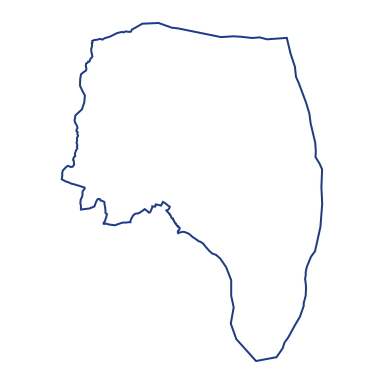 Ogbomosho North, Oyo, Nigeria
{"feature_id": "59680162B8886032648131", "entity_name": "Ogbomosho North", "entity_type": "district", "adm_level": 2, "iso_a3": "NGA", "parent_name": "Nigeria", "parent_adm1": "Oyo", "projection": "robinson", "projection_center": [4.232, 8.135], "detail": "fine", "context": "isolated", "style": "outline", "palette": "blue", "viewbox_px": 384, "rotation_deg": 0, "n_neighbors": 0, "source": "geoboundaries", "source_scale": "gbopen_adm2", "svg_char_len": 5495}
<svg xmlns="http://www.w3.org/2000/svg" viewBox="0 0 384 384"><path d="M233.4,36.3L221.0,37.1L178.1,28.4L171.8,27.7L158.6,23.0L142.3,23.7L133.4,28.8L131.9,29.5L131.0,31.6L129.3,31.9L126.9,31.6L126.1,31.4L124.7,31.8L123.5,32.4L122.2,31.9L119.9,32.4L117.3,33.0L114.8,34.2L112.4,35.4L109.8,36.7L107.0,37.5L104.4,38.3L102.6,39.6L99.9,38.9L97.1,39.7L94.1,40.1L92.2,40.9L92.6,42.3L91.8,43.2L92.1,44.8L92.1,45.5L91.8,47.1L91.2,48.9L91.4,52.1L91.9,53.6L92.0,54.8L92.4,56.5L91.8,57.6L90.5,58.6L90.0,60.2L89.4,61.6L88.2,61.6L87.7,62.6L86.0,63.7L85.8,65.9L86.4,68.5L86.1,70.4L83.4,72.3L81.0,74.3L80.2,79.1L80.0,85.8L82.4,90.9L84.9,95.5L84.3,102.4L81.9,109.4L75.5,115.3L74.6,120.0L74.6,120.7L75.5,123.5L76.3,124.5L77.3,126.7L77.4,128.0L77.3,128.7L76.6,129.5L76.4,131.1L77.7,132.2L77.4,133.2L77.4,134.3L78.1,135.4L78.0,135.9L76.9,138.0L77.1,139.7L77.1,140.8L76.5,142.7L77.0,144.0L77.4,145.7L76.9,146.7L77.3,148.3L76.1,150.3L75.6,151.6L74.8,154.1L75.3,156.0L73.8,157.4L73.0,159.9L73.7,160.5L74.1,164.6L72.7,166.7L70.7,167.0L68.1,165.8L67.0,166.3L64.5,168.7L63.5,169.8L62.7,170.7L62.1,174.0L62.4,175.4L62.2,176.4L61.8,179.3L63.8,180.4L64.8,180.9L65.5,181.4L66.2,181.6L67.4,181.9L68.4,182.3L69.3,182.7L70.2,183.2L71.1,183.5L71.8,183.8L72.5,183.9L73.6,184.2L74.4,184.4L75.1,184.5L75.7,184.8L76.4,185.0L77.6,185.4L78.9,185.7L79.9,186.0L80.7,186.3L81.5,186.6L82.5,186.9L83.5,187.1L84.2,187.4L84.7,187.9L84.4,189.0L83.5,190.1L82.8,191.0L82.5,192.1L82.5,194.1L82.5,194.9L82.3,196.2L81.8,197.5L81.3,198.3L81.1,198.8L80.8,199.3L80.7,199.7L80.6,200.7L80.5,201.8L80.4,202.4L80.4,202.9L80.4,203.4L80.4,203.8L80.7,204.8L80.9,205.8L81.0,206.9L80.8,208.0L81.1,209.6L82.7,209.3L83.9,209.2L84.6,209.0L85.6,209.0L87.3,208.7L88.4,208.6L89.3,208.5L89.9,208.4L90.8,207.8L91.9,207.6L93.2,206.8L94.1,206.7L94.6,206.1L95.0,204.9L95.4,203.6L95.7,202.9L96.3,201.5L97.0,200.1L97.4,199.6L97.6,199.3L98.1,199.1L98.5,198.9L98.9,198.9L99.5,199.0L99.9,199.2L100.0,199.3L100.1,199.7L100.1,199.8L100.1,200.0L100.3,200.3L100.5,200.5L100.8,200.4L101.0,200.4L101.3,200.5L101.7,200.7L104.3,201.9L104.7,205.6L105.2,207.5L105.3,209.5L105.5,210.9L105.4,212.4L105.7,213.2L106.3,213.7L106.5,213.9L106.9,214.1L106.7,214.8L106.7,215.6L106.5,216.3L106.3,217.0L106.0,217.8L105.6,218.7L105.5,219.6L105.2,220.4L104.7,221.6L103.9,222.4L103.5,223.7L103.6,223.8L104.1,223.9L105.1,223.9L105.8,223.6L106.1,223.6L107.3,224.0L108.2,224.3L109.8,224.6L110.7,224.7L112.0,224.9L112.9,225.0L114.0,225.2L115.0,225.2L115.4,225.2L116.1,224.9L116.9,224.5L117.4,224.3L118.5,224.0L119.6,223.6L120.4,223.3L121.3,223.0L121.9,222.9L122.9,222.6L123.7,222.5L124.5,222.6L125.7,222.6L126.2,222.5L127.2,222.4L128.2,222.3L128.8,222.2L130.0,222.1L130.4,222.2L130.4,221.2L130.7,220.2L131.1,219.4L131.2,219.2L131.5,218.5L131.6,218.2L132.1,217.3L132.7,216.2L133.2,215.4L133.9,214.8L134.2,214.5L134.6,214.2L135.1,213.9L135.8,213.6L136.5,213.5L137.3,213.5L138.3,213.4L138.8,213.1L139.9,212.5L140.2,212.3L140.9,211.8L141.9,211.2L142.8,210.6L143.6,210.0L144.2,209.5L144.5,209.1L144.9,209.2L145.6,209.9L146.2,210.3L146.8,210.7L147.4,211.1L147.7,211.4L148.1,211.7L148.4,212.2L148.6,212.5L148.9,212.6L149.3,212.5L149.7,212.5L149.9,212.2L150.5,211.6L150.7,211.1L151.1,210.1L151.7,208.6L152.0,208.1L152.2,207.2L152.2,206.8L152.3,206.3L152.9,206.5L153.7,206.6L154.5,206.6L155.0,206.6L155.0,206.2L155.2,205.8L155.3,205.8L155.5,205.8L155.7,205.4L155.7,205.2L155.7,204.7L155.9,204.4L156.2,204.6L156.4,204.7L156.8,204.7L157.2,204.7L157.6,204.7L158.1,204.8L158.6,205.0L159.1,205.1L159.5,205.2L160.0,205.3L160.4,205.4L160.8,205.6L161.1,205.6L161.4,204.9L161.6,204.4L162.0,203.8L162.7,202.5L163.0,201.9L165.5,203.4L167.2,204.9L168.9,206.1L169.8,206.8L169.3,208.1L168.7,209.2L168.1,209.7L166.4,210.4L166.8,211.2L168.0,212.2L168.3,212.4L168.5,212.6L168.6,212.9L168.7,213.2L168.9,213.4L169.1,213.6L169.2,213.8L169.5,214.0L169.9,214.2L170.0,214.4L170.0,214.7L170.0,214.9L170.2,215.1L170.3,215.3L171.1,216.5L171.3,217.4L171.6,218.1L173.0,218.5L173.0,219.5L173.3,219.8L173.5,220.0L173.7,220.3L173.9,220.6L174.0,220.8L174.1,221.1L174.1,221.3L174.2,221.6L174.3,221.9L174.4,222.0L174.6,222.1L174.7,222.3L174.9,222.5L175.0,222.7L175.0,222.8L175.1,223.0L175.3,223.2L175.3,223.4L175.4,223.5L175.5,223.7L175.7,223.9L175.9,223.9L176.0,223.8L176.2,224.1L176.4,224.4L176.5,224.6L176.5,224.9L176.6,225.2L176.8,225.5L177.0,225.6L177.3,225.9L177.7,226.0L177.9,226.0L178.2,226.2L178.1,226.4L178.0,226.6L178.0,226.8L178.3,227.0L178.5,227.1L178.8,227.2L179.0,227.3L179.2,227.6L179.3,227.6L179.6,227.8L179.7,228.1L179.7,228.5L179.6,228.8L179.3,229.2L179.3,229.7L178.9,230.3L178.0,230.9L177.8,232.1L177.9,232.8L178.2,233.2L178.7,232.8L180.2,232.4L182.6,231.8L184.8,232.1L187.2,233.0L189.2,234.0L190.9,235.5L192.6,237.0L194.3,238.1L195.0,238.5L195.3,238.8L196.0,239.3L197.7,240.4L198.9,241.4L199.9,241.5L201.1,242.2L203.3,243.7L205.4,246.5L209.1,250.7L212.2,253.5L216.1,254.9L220.2,258.5L226.1,267.1L231.2,280.2L231.2,296.0L233.7,307.3L230.8,323.6L236.3,339.1L256.0,361.0L276.5,357.2L282.6,348.4L284.5,342.6L288.2,337.5L295.5,324.2L299.9,316.8L303.7,306.0L303.7,303.1L304.6,299.8L305.7,295.6L306.0,289.2L305.9,285.2L305.1,278.7L305.7,275.4L305.7,272.2L306.5,268.2L307.1,266.2L311.0,256.7L315.0,251.3L316.6,244.2L320.4,227.0L322.2,203.9L321.4,187.2L322.1,169.3L319.5,163.5L315.5,157.1L315.8,151.0L315.2,142.6L310.6,123.2L309.4,113.7L306.2,103.0L302.4,92.8L298.8,83.2L296.0,76.9L294.9,66.8L294.0,64.0L290.5,53.4L286.8,37.9L266.9,39.3L259.9,37.4L252.3,38.0L240.4,36.7L233.4,36.3Z" fill="none" stroke="#1e3a8a" stroke-width="2"/></svg>